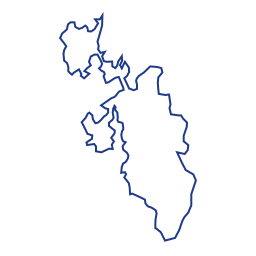 Muan-gun, South Jeolla, South Korea (Equal Earth projection)
{"feature_id": "91817680B20286966250971", "entity_name": "Muan-gun", "entity_type": "district", "adm_level": 2, "iso_a3": "KOR", "parent_name": "South Korea", "parent_adm1": "South Jeolla", "projection": "equal_earth", "projection_center": [126.385, 34.959], "detail": "fine", "context": "isolated", "style": "outline", "palette": "blue", "viewbox_px": 256, "rotation_deg": 0, "n_neighbors": 0, "source": "geoboundaries", "source_scale": "gbopen_adm2", "svg_char_len": 2660}
<svg xmlns="http://www.w3.org/2000/svg" viewBox="0 0 256 256"><path d="M187.0,122.5L183.2,118.7L181.1,115.4L178.6,115.4L171.0,114.3L169.5,108.2L170.5,104.4L169.0,94.5L165.4,95.0L158.8,93.9L158.3,89.5L157.8,82.9L158.3,77.4L162.4,72.5L161.3,68.1L157.3,67.0L150.2,66.4L144.0,72.4L138.8,76.0L136.7,78.6L136.1,81.0L137.0,84.6L137.0,88.9L133.7,90.2L129.1,88.5L126.4,82.6L124.3,78.3L127.0,76.0L129.1,72.0L128.8,67.4L124.9,61.8L121.8,68.4L120.0,65.1L122.1,60.8L121.8,56.2L118.2,61.5L117.3,65.4L115.4,68.1L112.4,66.4L112.1,61.5L106.9,61.8L103.9,61.2L102.1,56.2L104.8,51.9L100.5,52.9L98.1,49.3L98.7,46.0L97.5,41.7L99.3,35.5L102.1,25.6L102.4,15.4L99.9,19.3L95.1,19.3L98.1,23.3L94.5,29.2L91.1,31.5L88.1,31.2L87.2,27.2L85.3,25.6L82.0,27.9L79.0,28.9L75.3,26.9L74.4,22.3L70.5,22.3L68.0,24.3L66.8,29.5L62.2,33.5L60.1,38.1L64.7,44.0L66.2,46.3L64.1,50.3L63.5,53.9L64.1,60.5L67.1,63.1L68.3,67.1L68.3,71.4L71.7,74.5L72.0,74.7L73.8,72.7L79.0,69.4L81.4,74.0L80.8,75.7L84.1,78.3L89.3,73.7L84.4,71.1L87.2,68.1L90.8,65.4L89.0,61.8L90.8,56.5L94.5,54.6L97.5,54.6L100.8,60.5L102.1,63.8L101.1,66.4L99.0,68.4L101.4,70.7L103.9,72.0L104.8,74.0L103.6,76.3L106.0,82.9L108.4,82.3L114.5,78.3L117.0,77.3L118.8,77.0L123.3,87.9L123.6,89.9L119.1,91.5L115.7,95.8L114.2,97.1L111.5,98.1L101.1,105.4L105.4,108.4L108.1,109.0L108.1,112.6L106.3,115.0L104.2,116.3L100.8,120.2L98.1,122.6L95.4,123.2L92.9,119.3L92.3,115.3L89.3,112.6L87.8,113.6L85.6,117.9L83.5,120.2L81.7,122.2L85.6,129.8L87.4,133.8L92.3,135.4L92.0,138.8L86.5,142.4L87.1,145.0L91.7,144.4L94.1,144.0L96.0,146.4L96.0,151.3L101.4,152.3L106.9,149.7L109.0,148.7L112.7,149.0L111.8,144.7L113.9,141.4L111.2,137.8L114.5,133.5L114.8,130.5L112.1,128.5L109.0,125.9L109.0,122.6L112.1,120.2L113.6,117.6L112.7,112.6L113.3,108.4L114.5,105.8L115.5,107.1L115.1,109.8L116.3,111.3L117.3,112.4L117.6,115.8L117.8,117.7L117.4,119.9L118.3,121.9L121.6,122.6L122.6,123.2L123.2,127.3L123.2,129.5L122.1,131.0L121.7,133.0L121.3,134.9L121.8,137.9L122.2,139.4L123.3,141.4L125.6,142.2L124.5,143.8L123.5,144.9L122.6,146.4L123.2,149.7L125.3,151.4L126.6,152.4L127.4,153.4L128.4,155.7L127.9,158.3L125.8,161.9L123.0,163.6L121.8,166.9L121.2,172.8L124.9,172.2L126.1,174.1L124.3,177.5L127.0,180.8L128.8,183.1L129.7,187.7L130.1,194.3L132.2,193.6L138.4,196.4L144.9,199.6L145.5,203.5L147.8,206.3L151.7,207.7L155.6,210.2L156.6,213.4L155.6,219.0L155.3,224.2L155.4,228.3L156.3,228.5L160.9,232.3L165.0,240.6L175.1,237.9L179.2,230.1L182.2,221.3L184.2,217.4L188.3,212.5L191.3,205.3L191.3,194.2L195.9,180.4L193.3,174.4L185.7,170.0L182.2,163.3L177.1,152.3L184.7,154.0L187.7,150.1L188.3,145.1L183.7,141.3L183.7,135.8L186.7,127.0L187.0,122.5Z" fill="none" stroke="#1e3a8a" stroke-width="2"/></svg>